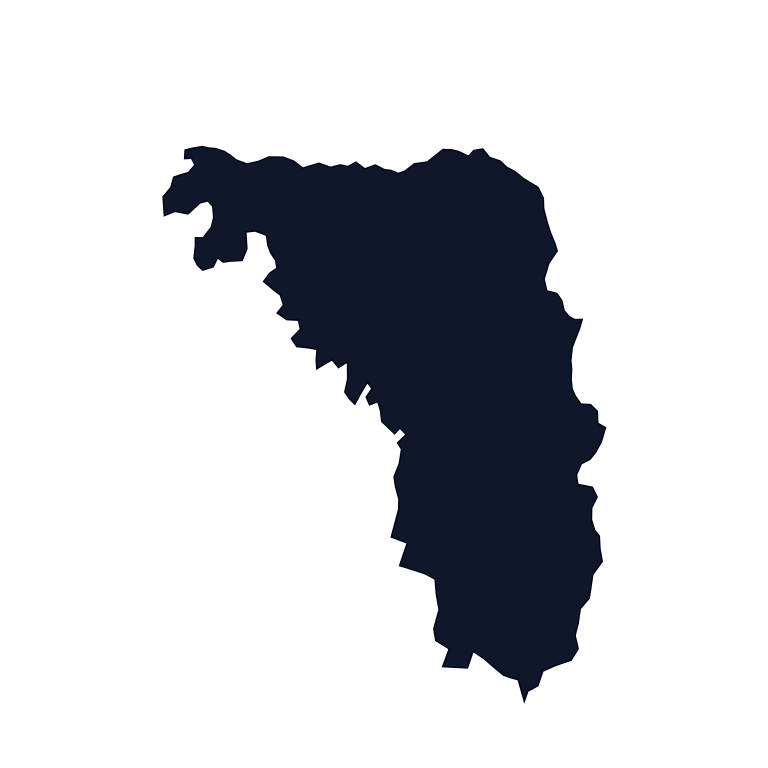 Manfrinópolis, Paraná, Brazil, rotated 19°
{"feature_id": "56859067B18280238969622", "entity_name": "Manfrinópolis", "entity_type": "district", "adm_level": 2, "iso_a3": "BRA", "parent_name": "Brazil", "parent_adm1": "Paraná", "projection": "equal_earth", "projection_center": [-53.366, -26.105], "detail": "fine", "context": "isolated", "style": "filled", "palette": "ink", "viewbox_px": 768, "rotation_deg": 19, "n_neighbors": 0, "source": "geoboundaries", "source_scale": "gbopen_adm2", "svg_char_len": 2450}
<svg xmlns="http://www.w3.org/2000/svg" viewBox="0 0 768 768"><g transform="rotate(19 384 384)"><path d="M389.8,141.2L378.8,139.9L372.0,140.5L363.4,143.1L352.7,160.0L341.0,166.0L334.6,175.7L329.0,180.3L321.1,179.8L314.8,181.2L304.4,179.8L295.8,186.9L285.3,183.4L279.2,190.1L271.2,191.1L263.1,196.5L250.5,196.5L237.0,206.3L226.1,202.7L215.0,202.3L201.3,206.8L192.9,214.4L182.7,220.6L171.1,220.3L165.0,218.0L157.4,216.1L148.0,216.3L141.6,217.9L134.8,218.7L126.4,223.3L119.8,227.5L122.1,235.8L128.5,233.2L133.9,238.5L130.2,247.9L123.6,252.4L117.8,257.0L118.5,267.6L114.2,279.0L121.5,296.3L130.1,288.8L143.3,287.0L151.0,272.7L157.9,268.2L164.3,271.8L168.8,282.0L169.7,291.9L165.4,304.8L158.1,307.1L160.7,314.8L163.4,326.9L168.8,332.3L175.4,335.4L184.4,328.8L185.5,318.8L192.3,321.1L198.5,317.9L209.6,313.4L210.3,300.8L203.9,285.3L212.2,281.3L224.4,281.6L229.1,290.7L234.1,296.8L241.5,302.6L245.1,309.4L239.8,316.5L236.8,326.3L250.1,331.4L256.9,333.5L263.3,342.0L259.9,351.7L271.0,354.8L282.4,351.5L287.1,359.5L281.6,371.2L289.3,377.0L300.8,374.4L309.5,373.1L312.1,383.4L315.5,391.5L321.9,383.8L327.1,378.0L335.6,383.3L342.3,374.9L348.0,391.0L349.6,404.4L356.6,409.5L363.0,412.6L365.4,398.6L367.7,387.8L374.1,392.3L371.4,402.1L377.1,408.4L383.9,402.7L389.8,411.0L394.0,420.1L410.3,427.6L413.3,420.5L421.4,424.5L416.0,435.3L421.8,439.9L424.4,454.2L423.7,468.5L428.4,477.4L435.7,488.2L438.7,498.0L440.7,526.3L457.8,526.8L457.9,550.6L483.6,550.0L495.8,551.8L501.8,565.4L509.7,579.7L510.1,589.1L510.8,599.3L516.5,609.7L531.9,613.2L531.5,632.1L555.3,625.3L555.3,607.8L567.7,611.0L580.1,616.0L591.8,620.4L600.2,620.4L607.2,619.9L620.0,638.4L620.0,627.6L627.7,619.2L627.7,603.8L637.4,594.6L645.1,588.6L650.8,584.3L653.8,571.2L646.5,559.5L645.5,547.1L642.7,532.6L647.8,519.7L646.1,510.2L643.4,496.3L648.1,480.7L641.8,469.4L637.1,457.7L630.7,453.6L624.3,444.7L620.7,433.6L622.3,421.5L614.6,413.8L599.9,415.8L595.5,407.2L596.6,395.0L603.2,388.3L606.2,380.1L608.3,368.2L607.7,353.2L598.9,351.5L594.5,340.3L586.1,336.3L576.7,338.9L568.8,333.1L563.4,327.4L559.1,317.9L556.6,308.9L553.1,301.4L550.0,287.9L550.8,269.0L550.4,258.4L543.6,261.0L537.3,260.1L530.5,256.1L524.9,247.2L517.9,242.1L507.6,243.0L501.2,232.7L500.5,216.3L504.4,201.8L499.9,195.5L492.8,187.5L486.4,179.1L477.9,166.3L474.0,156.2L465.7,148.0L449.5,144.5L438.5,140.5L429.4,139.1L421.4,135.4L410.0,135.4L400.9,129.6L392.9,134.0L389.8,141.2Z" fill="#0f172a" stroke="#020617" stroke-width="1.5"/></g></svg>